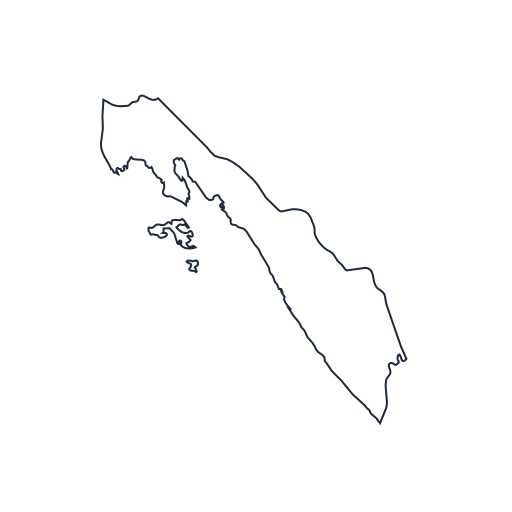 the Region of Semenawi Keyih Bahri, rotated 159°
{"feature_id": "ERI-1562", "entity_name": "Semenawi Keyih Bahri", "entity_type": "Region", "adm_level": 1, "iso_a3": "ERI", "parent_name": "Eritrea", "parent_adm1": "", "projection": "equal_earth", "projection_center": [39.644, 16.17], "detail": "fine", "context": "isolated", "style": "outline", "palette": "slate", "viewbox_px": 512, "rotation_deg": 159, "n_neighbors": 0, "source": "natural_earth", "source_scale": "10m", "svg_char_len": 6149}
<svg xmlns="http://www.w3.org/2000/svg" viewBox="0 0 512 512"><g transform="rotate(159 256 256)"><path d="M168.2,107.9L170.2,107.6L171.5,105.8L171.7,103.7L171.6,101.4L172.1,99.2L173.5,97.5L177.5,95.0L179.1,93.4L181.4,88.7L186.3,72.0L188.6,67.8L200.1,55.4L200.3,56.6L201.0,57.7L201.6,61.1L205.1,67.4L205.3,68.5L205.4,70.7L205.6,71.8L207.1,74.5L207.3,75.1L207.7,77.0L215.3,92.0L220.9,108.9L226.5,121.6L228.5,130.8L229.4,133.0L228.4,137.2L229.9,140.5L232.1,143.5L233.3,146.8L233.7,151.1L234.4,154.7L236.8,161.1L237.1,163.3L237.4,167.7L237.8,169.9L239.1,173.1L239.5,177.5L239.9,179.3L242.6,187.3L244.3,195.8L243.2,195.0L244.8,199.9L245.3,202.3L245.4,205.5L243.9,207.5L245.2,212.5L244.9,215.3L244.3,214.5L244.4,216.2L245.2,216.7L246.1,216.7L246.5,217.1L246.4,220.9L246.5,221.9L247.5,224.7L247.6,226.1L247.5,230.4L247.6,231.8L247.9,232.8L248.7,234.5L248.8,235.9L248.7,237.2L248.2,239.9L248.2,241.5L250.7,255.7L251.0,260.6L251.3,262.2L253.2,267.6L256.0,281.9L257.6,285.7L262.5,289.6L263.2,291.3L263.8,292.0L266.8,293.8L267.6,294.7L267.7,296.1L267.3,297.3L266.8,298.4L266.5,299.5L266.8,300.8L267.9,302.4L268.2,303.3L268.3,306.2L268.8,308.0L271.0,311.2L269.6,311.3L268.6,312.4L268.3,314.0L268.7,315.7L269.1,314.8L269.8,313.7L270.7,313.2L271.5,314.2L271.4,316.2L269.8,317.2L268.0,317.5L267.1,317.5L267.3,318.6L268.7,321.6L269.1,325.3L269.3,326.1L270.5,326.7L272.3,326.9L274.1,326.6L274.9,325.8L275.5,324.5L277.0,324.2L278.6,324.6L279.9,325.4L281.8,328.8L286.1,346.8L286.4,347.2L288.0,347.9L288.3,348.3L288.5,350.2L289.0,352.0L289.7,353.6L290.5,354.7L289.3,360.7L288.9,370.1L289.1,370.5L289.9,371.2L290.0,371.6L290.3,373.3L291.1,374.2L292.2,374.2L293.3,373.5L294.1,375.5L295.1,375.8L296.3,375.3L298.1,375.0L298.7,374.4L299.1,373.1L299.3,371.8L299.2,370.8L298.8,369.8L299.1,369.1L300.1,368.2L301.7,364.6L301.8,362.5L300.2,358.8L299.3,354.4L298.6,352.8L297.6,352.8L296.9,354.5L296.4,355.4L295.6,353.1L295.4,351.0L295.6,345.3L295.5,344.1L295.1,342.0L295.0,340.8L295.2,339.5L295.7,339.0L296.2,338.8L296.7,338.2L297.2,334.4L297.8,333.3L298.9,334.4L299.5,334.4L299.6,333.6L300.1,331.4L300.6,331.4L300.6,332.9L301.5,331.9L302.6,329.6L303.3,328.4L304.5,331.2L306.2,333.5L313.9,341.9L315.1,342.7L317.0,343.2L317.6,343.5L318.4,344.2L319.4,345.2L320.0,346.3L320.3,347.4L320.1,348.6L319.5,349.9L318.1,351.5L317.3,352.4L316.9,353.5L315.7,357.6L316.6,357.5L317.3,357.8L317.7,358.5L317.9,359.6L317.7,359.9L316.9,360.3L316.7,360.7L316.9,361.1L317.3,361.6L317.8,362.8L319.7,364.6L320.1,365.6L320.4,367.0L321.4,369.8L321.8,371.2L321.8,372.5L321.5,373.9L321.5,375.3L321.8,376.5L322.8,376.1L323.9,376.4L324.8,377.2L325.2,378.3L325.4,379.2L326.1,379.5L326.3,380.2L326.3,381.2L325.8,382.8L325.7,383.6L326.5,385.6L328.4,386.8L334.4,389.6L335.8,390.5L336.4,391.1L336.9,393.1L338.1,392.7L340.0,390.7L341.8,389.8L343.1,387.6L344.2,385.1L345.3,383.3L345.2,385.0L345.5,386.5L346.2,387.3L347.6,387.0L348.0,386.1L347.8,384.8L348.0,383.7L349.4,383.3L350.6,383.1L351.4,383.9L351.1,385.1L351.3,385.8L352.9,386.5L353.4,387.7L354.2,387.8L354.7,387.4L355.2,386.9L355.9,385.5L355.5,384.6L355.3,383.8L355.3,381.7L355.8,382.2L356.2,383.4L356.5,383.9L358.7,384.7L358.9,385.6L358.9,387.6L359.3,388.5L359.9,389.0L360.2,389.0L360.1,389.7L360.3,393.1L361.9,403.7L362.1,408.2L361.8,412.3L360.5,416.4L353.3,429.9L349.2,441.7L342.4,456.6L336.2,449.0L333.0,446.5L329.4,444.6L322.1,442.2L320.6,442.2L316.6,443.8L315.4,443.8L311.9,443.0L310.4,443.5L307.9,446.3L306.3,446.9L304.8,446.5L303.5,445.8L299.2,440.9L297.0,439.0L294.5,438.0L291.9,438.1L290.9,438.3L262.9,375.0L261.2,369.8L258.6,364.3L255.2,361.4L248.1,356.6L244.2,352.1L239.5,345.2L232.1,330.3L230.1,325.4L228.7,320.5L225.9,307.1L218.8,291.5L217.6,289.5L216.5,288.5L205.5,286.7L201.7,285.2L197.9,283.1L193.9,279.6L192.2,276.6L191.3,273.0L191.1,264.1L191.4,261.4L191.9,259.4L192.6,257.7L193.1,256.2L193.3,254.0L193.2,251.5L192.7,248.3L191.7,244.6L189.4,239.1L187.3,235.9L185.4,233.8L183.6,231.1L182.8,228.3L181.6,222.4L180.6,220.0L179.0,217.0L178.3,214.8L177.8,212.5L177.3,211.0L176.4,210.0L157.9,205.7L155.9,204.4L154.1,201.8L153.6,199.4L153.8,196.1L155.1,189.0L155.0,185.5L154.5,183.3L153.5,181.4L152.2,179.6L150.5,176.5L149.9,174.3L150.1,171.7L150.6,169.5L151.6,164.1L153.1,119.4L152.5,107.2L152.4,106.1L154.4,105.1L156.3,105.1L157.0,106.2L157.1,108.0L157.0,110.2L157.4,112.6L158.6,112.5L160.0,111.0L160.8,109.0L160.9,107.8L160.6,106.4L160.9,105.4L161.4,105.3L164.3,104.1L165.6,105.2L166.8,106.8L168.2,107.9ZM344.9,313.4L346.1,313.4L346.6,313.7L347.2,318.1L346.7,320.1L345.6,320.9L343.8,319.8L342.5,319.4L338.6,320.7L336.9,320.8L335.1,320.1L332.3,318.3L330.4,317.9L326.4,319.0L325.1,318.7L324.8,318.3L324.0,317.0L323.5,316.3L322.7,318.1L321.8,319.1L320.4,319.2L318.4,318.7L315.1,317.0L313.6,316.6L311.8,317.2L310.5,315.0L308.4,306.7L309.3,306.7L309.9,307.0L310.0,307.4L309.5,308.2L310.1,308.7L310.6,309.3L310.9,310.2L311.1,311.2L311.8,311.2L312.5,310.8L313.6,311.3L314.7,312.2L315.6,312.7L316.7,312.6L320.1,311.2L318.6,307.7L316.6,304.8L314.2,302.9L311.4,302.2L308.8,302.9L307.8,302.6L307.2,300.7L307.4,298.5L308.1,297.3L309.1,297.1L311.6,299.2L312.7,299.3L313.0,298.4L312.0,296.5L311.4,294.3L313.1,293.3L315.2,293.0L316.2,293.1L316.5,291.8L316.0,290.0L315.0,288.5L314.2,287.9L311.4,288.1L310.5,287.5L309.5,285.7L312.4,286.0L315.6,286.9L318.6,288.4L320.9,290.5L322.1,292.8L321.6,294.4L320.8,295.6L320.6,296.8L321.3,297.7L322.0,297.7L323.5,296.8L322.9,295.7L322.9,295.0L323.7,294.7L324.6,295.3L324.8,296.8L324.3,305.7L324.5,307.4L325.1,309.0L326.5,312.1L326.8,313.0L327.6,313.1L332.4,314.9L333.6,311.9L334.1,311.2L334.8,311.0L332.0,309.8L331.3,308.5L331.9,307.3L333.4,306.7L335.2,306.5L336.9,306.7L337.8,306.9L338.5,307.2L339.1,307.6L339.6,308.2L340.0,309.0L340.1,310.0L340.3,310.8L341.0,311.2L342.2,311.5L343.9,313.0L344.9,313.4ZM321.2,268.9L320.0,270.4L319.7,272.0L320.3,272.6L321.0,273.1L321.5,273.9L322.4,274.6L322.8,275.6L321.3,276.2L318.9,275.1L316.9,273.7L313.4,273.3L312.6,272.2L312.7,270.4L313.3,268.7L314.7,268.0L316.6,267.8L317.3,267.2L317.0,266.2L316.8,265.2L316.8,264.0L317.0,262.8L317.5,262.4L319.6,264.5L320.2,264.9L321.0,265.2L322.5,266.0L323.1,267.3L322.6,268.3L321.2,268.9Z" fill="none" stroke="#1e293b" stroke-width="2"/></g></svg>